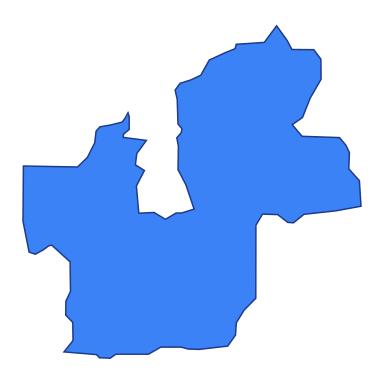 outline of Mirriah, Zinder, Niger
{"feature_id": "23599985B93207740600063", "entity_name": "Mirriah", "entity_type": "district", "adm_level": 2, "iso_a3": "NER", "parent_name": "Niger", "parent_adm1": "Zinder", "projection": "robinson", "projection_center": [9.068, 13.638], "detail": "fine", "context": "isolated", "style": "filled", "palette": "blue", "viewbox_px": 384, "rotation_deg": 0, "n_neighbors": 0, "source": "geoboundaries", "source_scale": "gbopen_adm2", "svg_char_len": 1222}
<svg xmlns="http://www.w3.org/2000/svg" viewBox="0 0 384 384"><path d="M64.0,351.9L96.5,354.6L99.4,357.7L110.2,358.2L115.9,354.2L148.5,354.2L160.8,347.1L181.1,347.1L188.1,349.0L199.1,349.4L227.7,346.1L235.5,335.1L236.3,322.8L244.2,310.0L255.8,298.3L255.9,225.3L262.5,214.1L277.7,214.6L287.8,222.4L293.5,222.8L304.0,214.3L336.1,210.8L361.0,206.2L359.4,180.7L348.8,168.9L349.4,152.6L345.8,145.1L339.5,137.6L302.1,136.3L292.2,124.7L302.5,117.5L310.3,97.9L321.1,79.2L320.9,59.2L313.8,49.7L291.9,49.5L287.1,40.4L276.6,25.8L264.3,42.4L236.2,44.3L235.1,48.7L225.4,52.6L209.3,60.0L200.8,75.2L190.9,79.9L180.1,83.3L175.1,90.1L177.2,99.2L178.0,124.0L181.9,128.7L181.3,132.6L176.8,137.8L178.4,146.2L178.0,169.6L185.9,184.8L194.1,209.1L181.7,213.0L176.2,213.0L165.4,219.3L154.1,212.5L138.8,213.2L136.4,186.0L140.4,178.2L144.4,170.5L135.4,164.8L136.8,153.5L146.4,140.4L123.3,137.4L123.5,134.2L129.2,129.5L129.2,116.5L128.0,112.8L124.9,118.5L122.1,122.1L110.6,125.0L100.0,126.8L96.1,131.2L94.7,142.9L87.4,157.4L77.5,167.0L23.4,166.0L23.0,221.2L29.1,252.1L35.3,254.2L43.4,249.8L48.7,245.8L51.8,245.2L70.1,261.9L70.5,291.4L65.9,301.1L65.7,315.1L72.8,322.4L73.0,340.6L64.0,351.9Z" fill="#3b82f6" stroke="#1e3a8a" stroke-width="1.5"/></svg>